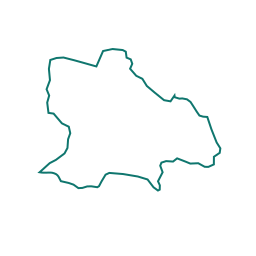 outline of Kembé, Basse-Kotto, Central African Republic, rotated 18°
{"feature_id": "33826404B30338372331060", "entity_name": "Kembé", "entity_type": "district", "adm_level": 2, "iso_a3": "CAF", "parent_name": "Central African Republic", "parent_adm1": "Basse-Kotto", "projection": "albers", "projection_center": [21.614, 4.522], "detail": "fine", "context": "isolated", "style": "outline", "palette": "teal", "viewbox_px": 256, "rotation_deg": 18, "n_neighbors": 0, "source": "geoboundaries", "source_scale": "gbopen_adm2", "svg_char_len": 1243}
<svg xmlns="http://www.w3.org/2000/svg" viewBox="0 0 256 256"><g transform="rotate(18 128 128)"><path d="M162.2,82.8L160.2,89.5L153.7,90.4L142.5,86.1L132.9,82.2L126.5,76.8L119.7,75.8L111.7,71.0L112.2,65.6L109.4,61.9L104.9,61.5L102.3,56.1L98.9,55.5L88.8,57.7L80.5,62.5L78.9,79.2L77.4,79.3L64.8,79.8L55.8,80.2L44.9,80.9L38.4,83.5L33.1,87.3L34.5,96.2L39.0,106.6L38.6,116.3L43.0,121.5L43.3,128.8L47.7,138.2L52.8,137.3L63.7,144.0L71.3,145.1L74.7,150.8L74.5,157.2L76.6,165.7L75.5,171.8L69.3,180.6L64.4,185.6L57.6,197.4L59.5,197.1L61.5,196.6L63.8,195.8L66.5,194.9L67.9,194.4L69.6,194.0L71.7,193.9L73.8,194.1L75.4,194.7L76.8,195.6L80.6,199.3L88.6,198.6L93.7,198.7L99.4,200.5L103.1,199.1L107.2,196.2L111.1,194.8L117.1,193.8L118.4,192.3L119.3,187.1L121.1,179.3L124.1,176.5L137.6,173.3L152.3,171.1L162.5,170.9L170.6,176.5L175.8,178.2L177.2,176.8L176.0,172.7L173.0,169.4L174.6,159.4L170.3,153.9L170.5,150.6L174.5,147.7L181.2,146.0L184.1,141.7L193.2,142.2L198.2,142.6L205.7,139.8L213.0,141.2L216.5,140.1L220.9,136.1L218.6,128.8L222.9,123.3L222.1,118.8L216.8,114.4L207.7,103.4L200.0,93.0L195.9,94.0L192.1,94.1L188.3,91.2L183.1,86.9L179.4,83.9L175.2,82.5L170.5,83.1L167.8,84.2L162.9,84.3L162.2,82.8Z" fill="none" stroke="#0f766e" stroke-width="2"/></g></svg>